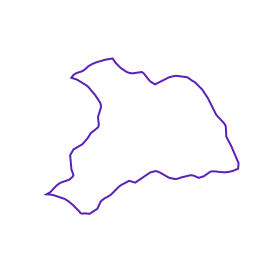 the Province of Laghman, rotated 254°
{"feature_id": "AFG-1770", "entity_name": "Laghman", "entity_type": "Province", "adm_level": 1, "iso_a3": "AFG", "parent_name": "Afghanistan", "parent_adm1": "", "projection": "equal_earth", "projection_center": [70.121, 34.819], "detail": "fine", "context": "isolated", "style": "outline", "palette": "violet", "viewbox_px": 256, "rotation_deg": 254, "n_neighbors": 0, "source": "natural_earth", "source_scale": "10m", "svg_char_len": 1350}
<svg xmlns="http://www.w3.org/2000/svg" viewBox="0 0 256 256"><g transform="rotate(254 128 128)"><path d="M58.5,222.6L57.9,217.3L57.9,215.3L58.1,212.1L58.7,208.9L60.4,204.0L61.9,200.8L63.0,197.5L63.3,195.0L60.7,187.6L60.6,182.3L63.9,178.2L64.6,177.0L65.4,175.0L65.8,165.7L65.6,162.0L65.8,159.8L67.1,156.9L68.9,153.7L76.0,146.8L77.9,144.6L78.9,143.0L79.1,139.6L79.1,136.9L73.5,119.9L76.9,114.5L75.2,106.3L74.1,103.0L68.8,93.6L67.5,89.5L66.9,86.4L65.8,83.3L64.8,81.5L58.8,76.3L56.1,67.3L57.8,63.2L58.2,60.7L58.8,59.4L59.4,58.8L60.5,58.5L62.4,57.6L63.7,56.8L69.4,53.7L74.7,50.0L77.5,47.3L84.1,37.7L85.4,35.0L86.7,31.4L87.7,35.5L92.3,43.3L93.3,45.8L94.0,48.1L94.5,57.2L96.2,61.1L97.8,62.6L103.8,62.2L117.8,64.9L122.5,69.8L124.9,79.6L129.4,86.4L133.3,90.9L136.9,99.4L138.9,100.8L146.9,102.2L155.1,107.6L157.5,108.3L160.0,108.2L169.0,105.4L178.3,101.2L180.3,99.9L188.6,92.3L191.9,87.4L194.1,90.4L194.9,93.2L195.1,95.7L195.1,97.8L195.3,100.1L196.2,102.8L198.4,107.2L199.4,111.5L199.9,115.9L199.9,125.0L199.1,132.3L193.9,134.1L187.8,137.5L182.3,142.1L180.4,144.7L179.3,147.4L178.0,156.7L176.1,158.2L166.8,162.1L162.5,166.0L165.4,181.4L165.3,185.4L164.9,188.7L160.5,198.9L155.6,202.9L153.4,205.0L144.6,209.9L134.7,213.0L116.2,216.5L105.8,221.8L102.8,222.5L92.6,220.1L82.7,222.2L63.8,224.6L58.5,222.6Z" fill="none" stroke="#5b21b6" stroke-width="2"/></g></svg>